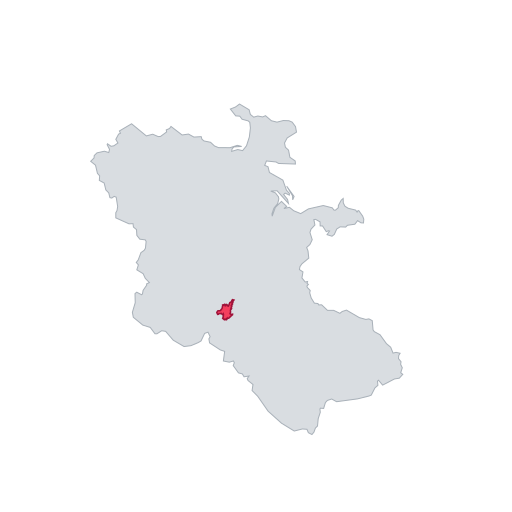 Ukraine, with Kiev City highlighted, rotated 220°
{"feature_id": "UKR-4826", "entity_name": "Kiev City", "entity_type": "Municipality", "adm_level": 1, "iso_a3": "UKR", "parent_name": "Ukraine", "parent_adm1": "", "projection": "mercator", "projection_center": [30.516, 50.341], "detail": "fine", "context": "in_parent", "style": "filled", "palette": "rose", "viewbox_px": 512, "rotation_deg": 220, "n_neighbors": 0, "source": "natural_earth", "source_scale": "10m", "svg_char_len": 4984}
<svg xmlns="http://www.w3.org/2000/svg" viewBox="0 0 512 512"><g transform="rotate(220 256 256)"><path d="M337.6,342.9L342.6,350.5L346.7,354.4L348.8,354.5L354.6,351.8L358.3,352.7L361.6,350.3L370.1,352.1L367.5,356.9L366.3,361.8L355.3,363.6L351.3,360.8L347.0,360.9L344.6,364.4L340.3,366.8L338.9,369.6L331.2,369.5L326.0,372.0L322.1,377.4L317.7,380.8L314.3,381.8L308.9,380.5L304.6,376.9L308.0,366.5L306.8,360.9L303.4,358.2L299.1,358.0L293.5,353.4L287.1,354.0L284.9,351.8L298.2,341.4L301.1,340.9L309.1,335.5L307.6,331.0L304.2,332.1L299.4,328.6L284.2,331.4L275.0,326.0L270.7,325.4L269.6,324.1L274.1,322.9L274.4,320.9L268.2,319.6L264.9,317.1L281.8,319.5L286.4,315.2L281.7,316.8L276.9,315.8L275.2,314.4L273.1,310.1L273.0,304.0L270.9,298.6L269.2,296.9L272.4,305.7L271.6,314.2L264.4,313.7L265.1,310.3L261.7,314.8L256.2,314.9L249.0,317.2L246.1,325.8L236.9,337.9L228.6,341.9L225.7,341.3L224.6,342.2L224.0,345.9L225.4,347.7L226.6,353.6L226.2,356.1L223.3,352.8L219.9,351.3L216.1,351.8L209.2,355.2L206.8,354.6L207.0,356.3L206.4,356.8L199.9,355.1L197.1,353.5L194.9,350.4L196.9,348.9L200.9,348.4L200.7,343.9L205.7,338.3L205.9,335.8L210.3,332.4L211.5,328.6L209.9,322.9L210.5,320.0L215.3,318.0L215.7,322.4L216.7,322.0L217.8,319.8L224.3,321.8L226.2,320.3L228.9,323.3L233.9,322.4L235.1,321.1L230.8,317.6L231.1,311.9L229.8,308.7L223.4,304.6L222.1,299.5L222.7,295.1L219.4,293.3L214.2,288.3L215.8,279.5L215.5,276.1L214.0,273.5L209.8,274.0L206.7,268.7L201.6,267.7L200.1,269.6L199.3,267.8L197.6,267.9L197.7,265.7L196.5,264.9L192.3,264.4L191.2,262.3L186.7,259.3L181.0,257.4L178.0,259.4L176.6,258.8L174.3,260.8L166.3,260.3L161.5,264.3L154.9,266.0L154.3,268.9L151.9,272.7L137.3,275.2L131.1,278.0L129.1,280.4L125.4,281.2L118.8,274.6L116.8,274.1L110.4,275.4L99.7,272.7L94.2,272.7L88.6,269.7L86.8,272.2L83.1,274.1L82.7,271.5L80.9,269.0L76.9,268.2L75.6,266.0L72.1,264.4L70.1,259.6L67.5,259.7L67.7,254.5L70.9,250.8L76.0,238.5L82.3,239.6L82.5,238.2L79.5,235.3L80.1,231.4L78.3,223.5L79.5,221.3L86.4,211.8L100.6,196.2L106.1,195.1L108.5,191.2L108.6,188.3L106.2,182.7L108.9,180.8L108.6,179.8L106.3,177.6L103.8,171.4L99.6,165.3L99.9,162.4L98.4,158.3L98.4,155.2L102.3,154.3L105.6,156.0L109.3,153.3L114.2,146.5L129.0,144.3L147.0,144.9L164.7,149.7L172.5,150.4L175.7,155.6L182.1,155.5L183.9,156.4L184.2,159.6L187.5,155.8L190.7,156.9L194.3,155.2L203.0,157.4L204.0,160.3L205.8,161.1L208.2,157.5L213.5,154.6L218.7,162.8L223.0,161.1L235.7,159.6L238.8,162.2L239.3,164.7L243.8,166.8L245.6,163.7L243.5,155.6L244.6,152.5L248.2,145.5L252.9,140.4L265.3,138.3L276.8,140.2L280.2,138.1L281.9,132.7L283.4,131.5L291.1,133.3L298.3,130.3L310.6,130.2L314.5,133.4L318.5,142.6L324.5,149.4L324.1,151.6L318.7,152.8L318.6,154.0L320.4,157.1L321.0,163.5L321.9,164.2L320.6,167.1L326.4,167.7L331.1,169.9L338.4,168.8L340.4,173.6L343.6,174.1L343.7,177.3L346.3,184.6L345.3,188.5L345.7,190.9L349.5,196.5L351.2,197.2L355.8,194.2L360.5,195.2L364.5,199.4L368.5,199.4L371.0,201.7L374.0,199.0L387.9,195.1L391.2,199.0L391.7,201.5L393.8,205.0L400.9,211.2L403.0,210.5L403.7,207.7L405.4,206.8L409.4,209.7L413.5,210.1L419.2,214.3L424.6,213.2L427.3,216.9L430.6,217.4L437.3,222.4L443.5,222.3L443.1,227.0L444.5,229.0L444.1,232.8L439.5,238.8L435.3,240.6L436.7,243.5L441.6,245.6L441.9,246.5L437.5,246.9L435.7,249.1L434.4,253.8L438.4,255.3L439.6,261.1L438.7,262.9L441.0,264.0L436.3,277.3L417.2,277.5L413.4,282.9L407.7,284.6L406.0,286.2L404.2,293.6L405.8,294.9L404.2,298.1L404.4,300.6L390.4,301.2L386.1,306.0L380.0,307.2L374.7,312.2L372.5,310.7L369.8,310.7L363.9,313.9L358.6,313.6L354.4,314.9L345.5,322.3L341.4,328.8L337.4,330.7L343.0,325.4L343.2,322.7L341.9,320.5L338.4,325.8L334.0,328.1L334.1,334.3L337.6,342.9ZM277.4,329.2L265.1,326.1L264.0,322.6L266.7,325.6L277.4,329.2Z" fill="#d9dde1" stroke="#a8b0b8" stroke-width="1"/><path d="M247.8,186.6L249.0,187.1L249.8,187.6L250.0,189.4L249.2,190.3L248.6,190.7L248.1,191.5L248.1,192.0L248.4,192.5L248.2,192.9L248.3,194.1L249.4,196.0L249.5,196.5L250.1,197.0L249.7,197.7L248.9,197.7L248.9,199.0L248.1,199.1L247.5,198.4L247.4,199.0L247.4,200.0L247.0,200.1L246.4,199.9L245.9,200.0L245.8,199.5L245.0,199.8L245.3,200.3L245.1,200.6L245.7,202.2L246.1,203.5L245.7,204.5L245.4,204.5L245.5,205.4L246.0,206.6L245.7,206.9L245.9,207.5L244.6,208.1L244.5,206.6L244.3,205.6L243.7,205.4L243.6,203.8L243.1,203.8L243.3,202.3L242.7,201.8L242.3,202.0L242.3,201.5L241.9,201.3L241.8,200.7L241.7,199.9L241.3,200.0L240.9,200.0L240.8,199.2L241.0,198.6L240.5,197.7L239.9,197.2L239.3,196.5L239.0,195.2L238.7,195.0L238.2,195.2L237.3,195.0L237.0,196.0L236.7,196.0L236.5,196.3L236.2,195.9L236.4,195.0L236.4,194.5L236.6,194.0L236.6,193.4L236.5,192.9L236.8,192.6L236.9,192.0L236.8,191.3L236.9,190.8L237.4,190.3L237.8,190.0L237.8,189.4L237.6,188.8L238.0,188.6L238.3,189.2L238.4,188.6L238.0,187.8L239.3,187.6L239.3,186.8L241.4,186.8L241.5,187.7L242.0,187.9L242.3,189.0L242.9,189.6L243.3,190.3L243.8,190.6L243.6,189.8L243.9,189.5L245.9,189.7L246.3,188.8L246.9,188.5L247.4,188.1L247.3,187.2L247.8,186.6Z" fill="#f43f5e" stroke="#9f1239" stroke-width="1.5"/></g></svg>